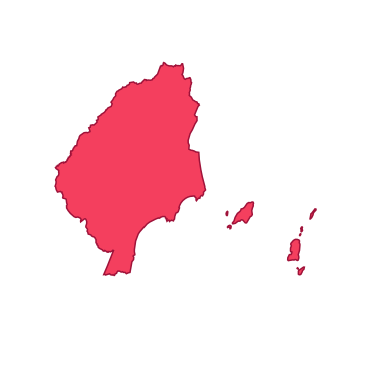 Bang Lamung, Chon Buri, Thailand, rotated 205°
{"feature_id": "78962969B66600196547968", "entity_name": "Bang Lamung", "entity_type": "district", "adm_level": 2, "iso_a3": "THA", "parent_name": "Thailand", "parent_adm1": "Chon Buri", "projection": "natural_earth1", "projection_center": [100.983, 12.921], "detail": "fine", "context": "isolated", "style": "filled", "palette": "rose", "viewbox_px": 384, "rotation_deg": 205, "n_neighbors": 0, "source": "geoboundaries", "source_scale": "gbopen_adm2", "svg_char_len": 6077}
<svg xmlns="http://www.w3.org/2000/svg" viewBox="0 0 384 384"><g transform="rotate(205 192 192)"><path d="M294.7,264.8L294.3,263.1L295.3,261.6L295.8,261.4L296.2,259.5L296.4,259.5L297.3,258.4L297.8,258.4L298.6,257.7L299.1,257.8L299.3,255.9L301.4,253.3L301.6,252.4L302.3,251.9L302.6,251.1L302.8,248.7L301.8,246.9L302.7,244.2L302.7,242.2L303.4,239.2L301.6,238.2L301.4,235.4L303.7,232.7L304.3,230.1L304.7,230.0L304.7,228.4L305.2,226.9L307.1,224.0L306.9,223.6L309.0,220.2L308.4,219.5L307.6,217.9L308.8,216.6L308.1,216.1L307.6,214.9L308.8,211.9L309.1,211.3L310.4,210.9L312.2,209.6L311.6,207.7L312.7,206.6L310.1,204.0L310.0,203.6L311.8,201.5L313.0,201.3L314.9,200.1L317.3,196.0L317.5,194.6L317.1,192.5L317.3,189.6L316.1,185.3L317.4,184.5L317.4,183.5L317.7,183.3L317.7,182.1L318.0,181.7L317.8,179.1L318.1,178.5L318.6,178.3L318.7,177.5L319.1,177.6L318.9,176.8L318.4,176.4L318.4,175.6L317.8,175.5L318.1,175.2L317.8,174.6L317.3,174.4L317.6,174.1L317.6,172.4L317.7,172.2L318.0,172.6L318.3,171.3L318.7,171.1L318.3,169.8L318.7,169.5L318.5,168.4L318.8,168.1L318.5,167.6L319.1,165.9L319.0,165.6L319.4,165.3L319.7,165.5L320.5,164.1L321.2,164.7L322.4,163.5L322.7,163.5L324.1,161.1L323.9,160.7L324.1,160.2L325.0,159.4L324.5,158.9L325.7,158.1L325.5,157.5L326.1,156.5L325.2,155.8L321.9,155.2L321.1,153.3L320.6,153.0L320.0,150.5L320.8,148.8L320.7,145.3L319.6,144.1L318.9,142.4L318.5,139.3L317.9,139.1L316.0,136.7L313.9,135.1L311.5,136.9L310.6,136.6L309.7,136.9L309.3,135.9L308.6,135.6L307.5,134.4L307.0,133.4L307.0,132.5L306.4,131.9L303.5,132.4L302.9,132.1L300.9,129.0L299.8,128.0L299.9,126.3L299.2,125.5L299.0,124.6L296.4,122.8L293.2,121.2L288.4,119.8L286.5,119.9L284.9,121.1L282.2,121.1L280.9,120.3L280.8,118.7L280.3,117.9L278.1,122.2L277.4,122.6L276.5,122.3L275.0,120.8L274.1,118.8L273.8,116.4L273.4,115.4L271.0,114.1L270.7,113.5L270.6,112.2L269.5,111.5L268.3,110.0L265.7,110.4L264.5,109.7L263.3,109.6L261.8,109.9L260.5,109.6L260.0,108.9L259.0,108.5L257.5,105.4L256.3,105.0L255.9,104.0L254.7,103.8L253.8,102.4L252.1,101.8L248.8,101.7L247.5,101.0L246.5,101.4L246.6,102.0L246.2,102.2L244.2,101.8L243.8,102.1L243.4,101.7L242.4,102.1L242.2,103.0L240.7,103.2L239.6,104.5L239.1,105.8L238.4,105.8L237.4,89.2L237.1,79.8L235.6,80.6L235.2,80.3L232.1,83.1L231.0,82.6L229.1,83.0L228.6,83.7L227.3,83.4L227.0,83.7L227.0,85.3L226.0,86.4L226.2,87.3L225.8,89.0L224.1,89.7L222.5,89.5L221.6,89.9L221.3,90.4L219.9,90.2L218.7,90.9L217.0,90.2L215.4,92.0L214.2,92.9L217.0,103.4L216.4,106.0L217.2,108.2L218.3,109.0L218.2,109.8L217.3,110.8L217.4,111.3L219.0,113.5L219.9,115.5L222.4,123.8L223.0,131.3L222.6,133.9L220.9,139.8L220.4,139.7L219.1,144.2L217.6,146.9L213.7,151.9L211.5,154.3L210.8,154.3L210.1,154.9L210.0,155.6L208.2,157.4L206.2,158.3L205.4,157.9L205.0,157.2L203.5,157.3L203.2,156.8L203.6,156.2L202.3,154.9L202.0,155.8L201.3,156.6L200.5,156.7L200.5,156.2L199.9,155.9L199.9,156.7L199.2,156.9L198.6,157.8L196.6,158.0L196.7,159.4L196.4,160.0L197.3,162.7L197.6,165.6L197.4,166.7L196.6,167.2L196.2,168.3L196.6,172.3L197.2,172.4L197.5,174.4L197.4,177.5L196.7,180.4L195.3,183.3L193.8,185.4L192.0,187.1L188.6,189.2L187.9,189.3L187.7,188.9L185.9,188.4L184.8,186.2L184.3,185.9L183.6,188.9L183.1,189.4L182.3,189.6L182.5,191.1L182.3,192.2L181.6,193.1L180.8,193.0L180.7,195.0L181.5,196.7L180.6,199.6L182.4,201.6L182.7,202.4L189.0,210.0L193.4,215.9L198.9,224.1L202.6,230.8L205.6,229.9L207.0,230.1L209.6,229.8L210.6,229.4L213.0,229.5L214.3,233.2L216.2,234.9L217.3,237.2L218.4,244.1L218.0,248.6L218.1,254.8L217.6,258.8L219.3,262.3L220.5,261.9L222.3,263.0L222.7,272.1L222.1,273.7L222.7,273.9L222.7,274.5L223.1,274.8L224.4,274.5L225.1,275.4L225.7,275.7L227.1,275.3L227.8,275.6L230.3,275.8L232.6,277.6L235.3,278.4L235.7,279.9L236.4,280.8L236.7,283.7L237.6,285.0L237.7,286.4L238.3,288.2L238.3,289.5L238.7,291.1L239.5,291.3L240.4,293.2L242.0,294.7L242.5,294.6L242.9,293.8L243.4,293.7L243.8,293.2L245.1,292.4L245.6,291.3L246.0,291.2L247.1,291.5L249.6,293.8L250.6,294.1L250.7,296.4L251.9,300.5L254.7,304.2L255.3,304.0L255.7,301.9L256.1,301.4L258.3,300.6L258.9,300.1L260.4,300.2L260.4,299.0L261.3,298.9L261.8,297.6L263.5,297.8L266.1,296.6L268.3,296.4L269.2,296.5L270.4,297.2L272.3,297.4L272.5,296.7L272.0,295.3L272.1,294.4L272.2,294.0L273.3,293.6L273.4,292.4L273.7,292.4L273.0,284.3L274.5,280.3L274.6,279.0L275.4,278.3L275.4,277.0L276.9,275.7L279.2,274.9L280.5,273.8L281.0,274.4L282.7,273.8L283.0,272.5L283.6,271.4L284.1,269.1L285.2,268.6L286.7,266.7L287.8,266.6L288.4,267.3L289.6,266.6L291.5,267.0L294.7,264.8ZM142.2,187.3L141.7,183.6L142.3,181.0L141.9,180.4L141.5,180.4L139.5,181.9L138.0,184.8L137.3,185.4L136.2,185.8L135.9,187.0L135.3,187.8L134.0,188.0L130.9,186.6L130.0,186.7L129.5,187.2L128.8,194.2L127.9,195.5L127.8,197.0L130.0,200.4L130.5,203.2L130.6,205.2L131.4,206.8L131.5,207.8L132.2,208.6L133.3,208.4L134.5,207.0L136.2,206.4L137.2,204.9L138.0,200.2L139.0,198.4L140.3,197.4L140.1,196.1L140.3,194.7L141.8,191.8L142.2,187.3ZM77.4,173.0L76.6,170.9L75.7,170.5L71.8,173.2L70.8,173.4L70.0,174.4L68.9,174.6L67.7,174.4L67.1,174.9L67.0,175.4L67.3,177.4L68.2,179.0L69.2,180.0L69.9,184.5L71.6,189.1L72.2,190.4L73.3,191.3L73.9,193.1L74.8,193.7L76.7,193.5L78.4,192.7L79.6,191.0L80.6,187.5L80.5,186.5L79.2,185.2L79.0,182.8L77.9,180.3L77.3,179.6L76.3,180.0L75.8,179.1L75.8,177.2L77.3,176.4L77.4,173.0ZM62.1,165.2L60.9,162.5L60.1,162.3L59.2,162.6L58.5,163.5L58.4,166.1L58.6,167.5L57.9,169.2L58.4,171.4L59.2,171.1L62.1,166.0L62.1,165.2ZM73.4,228.7L74.5,223.6L75.0,222.6L73.7,217.5L73.3,217.6L72.7,219.4L72.6,222.0L73.1,224.6L72.0,228.1L72.4,228.9L73.4,228.7ZM144.1,175.7L142.5,175.8L142.1,174.8L141.6,175.1L141.5,175.8L142.1,177.6L143.1,177.9L144.0,177.6L144.8,176.6L145.1,175.2L144.6,174.9L144.1,175.7ZM77.6,206.9L78.0,206.2L78.0,204.7L77.2,204.0L76.6,202.4L76.1,202.2L75.7,202.8L75.6,203.9L76.8,205.4L77.0,206.7L77.6,206.9ZM151.8,189.4L152.2,188.2L151.9,186.6L151.0,185.5L150.3,185.4L150.1,185.9L150.9,188.5L151.3,189.3L151.8,189.4ZM75.9,200.1L76.3,199.5L76.3,198.3L76.0,198.0L75.6,198.2L75.5,199.2L75.6,199.9L75.9,200.1ZM64.4,167.1L63.3,167.0L63.4,167.7L64.4,167.8L64.4,167.1Z" fill="#f43f5e" stroke="#9f1239" stroke-width="1.5"/></g></svg>